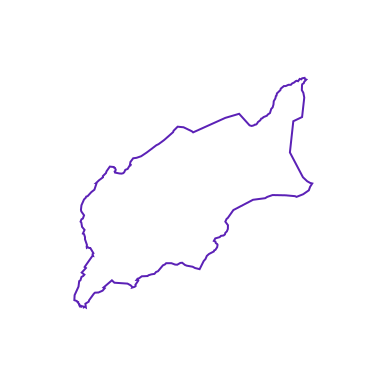 the district of Bray West Lea-4, Wicklow, Ireland, rotated 142°
{"feature_id": "5873133B9923799249207", "entity_name": "Bray West Lea-4", "entity_type": "district", "adm_level": 2, "iso_a3": "IRL", "parent_name": "Ireland", "parent_adm1": "Wicklow", "projection": "equal_earth", "projection_center": [-6.2, 53.173], "detail": "fine", "context": "isolated", "style": "outline", "palette": "violet", "viewbox_px": 384, "rotation_deg": 142, "n_neighbors": 0, "source": "geoboundaries", "source_scale": "gbopen_adm2", "svg_char_len": 2900}
<svg xmlns="http://www.w3.org/2000/svg" viewBox="0 0 384 384"><g transform="rotate(142 192 192)"><path d="M262.0,258.1L261.6,257.8L267.5,253.9L271.4,253.9L276.8,253.0L278.2,253.5L279.3,252.9L281.7,252.6L287.3,249.6L290.5,246.3L291.2,244.8L291.4,240.1L294.3,238.3L296.0,238.5L298.1,237.2L298.0,236.1L300.1,232.2L300.0,228.3L303.6,226.4L303.0,225.3L304.1,222.3L305.4,220.7L307.4,214.9L308.6,213.9L309.2,212.8L308.1,212.7L307.5,211.2L306.6,210.5L307.4,204.4L308.7,204.2L309.3,202.5L309.7,203.0L322.8,199.0L322.4,197.4L328.5,196.4L327.7,193.1L329.5,192.8L331.4,193.1L334.3,191.1L335.8,191.2L339.7,187.3L348.0,183.0L351.3,179.2L349.9,177.0L350.0,175.9L349.6,175.5L350.0,175.2L349.8,173.4L350.3,173.0L350.7,171.3L350.1,171.2L350.4,170.7L349.8,170.5L349.9,169.8L349.0,169.8L347.7,168.0L348.0,167.7L347.1,167.5L346.7,166.4L344.8,169.6L341.0,169.2L339.6,170.1L331.9,172.3L330.4,172.4L327.6,170.4L323.2,169.3L320.0,169.9L320.6,171.2L309.5,171.7L309.0,168.3L299.2,159.5L297.8,156.2L297.5,153.7L297.9,153.5L295.6,152.6L294.3,152.6L293.6,153.8L292.5,154.1L288.8,155.3L288.6,156.1L289.7,156.8L288.3,157.2L286.8,156.6L283.5,156.5L278.7,153.1L277.6,153.2L274.7,152.1L272.0,150.6L269.5,151.1L267.6,150.5L260.1,152.1L258.0,151.6L256.2,151.8L252.0,148.5L250.0,145.2L248.4,143.8L244.9,143.3L243.3,142.3L242.5,138.9L241.5,137.2L237.5,132.7L236.4,130.2L233.5,126.5L225.3,130.4L222.6,130.9L219.7,132.5L216.8,132.7L211.4,131.7L210.5,132.3L209.2,132.0L206.2,133.0L204.4,134.6L204.2,135.4L204.7,137.1L204.1,138.5L204.9,140.0L202.2,141.1L198.0,139.4L196.2,139.6L193.9,138.3L192.2,138.3L190.8,139.3L188.8,139.5L186.5,140.8L184.1,143.7L184.0,148.1L181.3,149.5L179.8,149.5L170.5,152.3L148.7,148.3L138.2,142.1L135.7,141.8L130.4,140.0L120.2,131.7L113.4,125.3L112.6,123.8L105.8,121.8L98.9,121.4L95.7,123.4L92.0,124.7L93.3,126.4L94.6,129.5L95.5,135.3L90.5,162.9L68.6,185.4L59.1,183.3L45.4,197.3L43.2,201.6L42.7,204.7L39.4,208.6L38.6,209.1L37.0,208.9L35.6,209.8L32.7,210.2L33.4,211.4L33.0,212.6L35.2,213.8L36.5,213.5L37.5,214.8L40.2,214.0L41.0,215.2L42.0,215.5L44.1,215.4L46.3,215.9L48.1,215.6L50.0,217.1L53.0,217.8L54.4,218.9L58.4,218.8L59.6,217.9L64.4,217.4L66.1,215.9L66.8,216.0L68.7,214.4L71.7,213.2L73.9,210.8L76.4,209.0L78.4,208.7L82.0,206.2L84.6,206.4L86.0,206.0L89.6,207.0L91.1,206.8L92.3,207.2L94.1,206.5L97.1,206.5L98.7,205.8L100.3,205.8L101.0,206.4L102.4,206.5L104.3,207.3L105.6,209.1L106.7,224.6L120.1,229.9L154.4,238.3L154.7,239.9L158.8,248.2L163.1,252.3L168.8,251.6L170.0,250.8L182.1,250.1L188.9,250.3L191.2,250.8L203.5,251.0L210.1,251.5L214.7,253.1L217.6,254.8L222.0,253.6L224.0,251.8L223.6,251.1L224.1,250.8L225.5,251.0L228.5,249.8L230.9,250.5L233.3,249.3L234.7,249.2L236.1,249.8L237.7,251.2L240.7,254.7L240.3,255.8L239.3,255.8L238.4,256.5L237.9,258.4L238.4,259.0L238.2,259.8L241.1,262.6L246.7,260.9L248.1,259.9L252.5,259.4L253.1,258.4L257.8,258.5L262.0,258.1Z" fill="none" stroke="#5b21b6" stroke-width="2"/></g></svg>